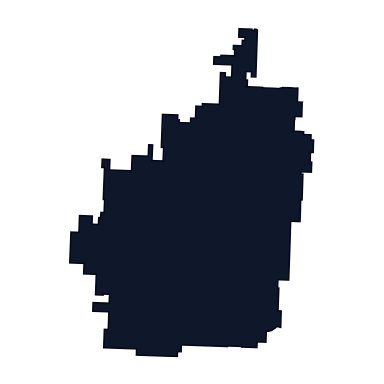 outline of Murchison, Western Australia, Australia, rotated 182°
{"feature_id": "25037944B75354234976201", "entity_name": "Murchison", "entity_type": "district", "adm_level": 2, "iso_a3": "AUS", "parent_name": "Australia", "parent_adm1": "Western Australia", "projection": "robinson", "projection_center": [116.097, -27.009], "detail": "fine", "context": "isolated", "style": "filled", "palette": "ink", "viewbox_px": 384, "rotation_deg": 182, "n_neighbors": 0, "source": "geoboundaries", "source_scale": "gbopen_adm2", "svg_char_len": 4237}
<svg xmlns="http://www.w3.org/2000/svg" viewBox="0 0 384 384"><g transform="rotate(182 192 192)"><path d="M311.6,147.7L311.6,140.8L311.6,137.2L311.7,116.9L304.8,116.9L303.8,116.9L297.4,116.9L297.4,111.4L297.4,106.4L292.5,106.4L284.8,106.4L284.8,85.9L281.9,85.9L279.1,85.9L277.6,85.9L277.2,85.9L277.2,86.9L274.2,86.9L270.8,86.9L270.9,78.0L277.7,78.0L287.0,78.0L287.0,69.4L286.6,69.4L278.8,69.4L277.9,69.4L274.2,69.4L273.7,69.4L272.8,69.4L272.4,69.4L272.0,69.4L270.9,69.4L270.9,51.7L274.8,51.7L274.8,44.6L274.8,44.4L274.8,42.3L274.8,42.0L274.8,40.4L274.8,34.3L274.8,34.1L274.8,33.3L272.4,33.3L270.5,33.3L269.3,33.3L263.7,33.3L250.8,33.3L241.9,33.3L241.9,27.1L230.3,27.1L220.6,27.1L218.3,27.1L216.4,27.1L215.0,27.1L212.6,27.1L200.9,27.2L200.9,32.0L197.3,32.0L197.3,38.8L192.4,38.8L189.9,38.8L183.1,38.8L175.2,38.8L167.8,38.8L164.4,38.8L162.4,38.8L160.0,38.8L158.0,38.8L156.1,38.8L153.8,38.8L151.2,38.8L151.2,39.4L150.2,39.4L149.7,39.4L148.1,39.4L146.1,39.4L137.1,39.4L137.1,38.8L132.2,38.8L127.5,38.8L121.7,38.8L121.7,44.5L112.9,44.5L112.9,55.4L112.7,55.4L111.1,55.5L110.4,55.5L109.8,55.8L109.2,55.9L108.6,56.3L107.9,56.3L107.2,56.6L106.6,57.4L106.1,57.6L105.7,58.0L105.3,58.2L104.6,58.5L104.3,58.8L104.1,59.0L104.0,59.4L103.9,59.6L104.0,59.6L103.5,59.8L103.3,59.9L103.1,60.0L102.6,60.2L102.2,60.3L101.3,60.4L98.6,59.8L98.7,67.1L98.7,75.4L98.7,76.2L101.9,76.2L101.9,78.0L101.9,78.5L101.9,79.5L101.9,80.0L101.9,81.6L101.9,82.1L101.9,85.7L101.9,86.3L101.9,89.9L101.9,90.4L101.9,91.4L101.9,91.9L101.9,93.5L101.9,94.0L101.9,95.6L101.9,96.1L101.9,97.5L101.9,98.0L101.9,99.0L102.3,99.0L103.1,99.0L103.1,99.5L103.1,107.4L101.6,107.4L101.1,107.4L92.3,107.4L92.3,107.9L92.3,108.4L92.3,109.9L92.3,110.4L92.3,111.9L92.3,112.4L92.3,114.4L92.3,115.4L92.3,115.9L92.3,119.9L92.3,120.9L92.3,123.5L92.3,124.5L92.3,127.1L92.3,128.1L92.3,130.7L92.3,131.7L92.3,134.3L92.3,135.3L92.3,137.9L92.3,138.9L92.3,140.4L92.3,141.5L92.3,144.0L92.3,144.5L92.3,149.4L92.4,166.2L83.0,166.2L83.0,176.2L83.1,188.0L81.7,188.0L81.8,213.7L83.8,213.7L83.8,216.0L73.4,216.0L73.4,226.0L74.9,226.0L75.0,235.7L72.3,235.7L72.3,248.2L73.6,248.2L74.9,248.2L75.0,250.7L75.0,253.3L76.8,253.3L78.9,253.3L80.4,253.3L82.5,253.3L82.5,256.1L85.5,256.1L85.5,256.3L91.7,256.3L92.2,256.3L92.2,264.6L92.2,268.2L91.8,268.2L91.8,271.1L84.9,271.1L85.0,285.4L84.9,285.6L86.3,285.6L87.8,285.6L89.8,285.6L89.8,289.3L89.8,297.4L89.8,297.9L89.8,299.5L90.4,299.5L90.4,299.4L93.2,299.4L94.2,299.4L95.1,299.4L95.1,299.5L95.6,299.5L97.0,299.6L98.4,299.6L99.8,299.6L100.5,299.6L102.0,299.5L102.9,299.5L105.2,299.6L105.3,299.5L105.7,299.1L106.7,299.1L107.1,299.1L107.8,298.7L108.2,298.5L108.2,298.4L108.6,298.4L109.4,298.4L109.8,298.4L111.6,298.4L112.4,298.5L112.9,298.5L113.0,298.5L114.0,298.5L115.5,298.5L117.0,298.5L117.8,298.5L118.7,298.5L118.8,298.5L120.8,298.5L121.2,298.5L121.7,298.5L124.1,298.5L124.9,299.0L125.7,299.0L127.4,299.0L127.6,299.1L128.9,299.1L129.3,299.1L131.4,299.1L132.3,299.1L134.3,299.1L134.8,299.1L135.8,299.1L136.3,299.1L138.8,299.1L140.8,299.1L141.8,299.1L141.8,299.4L141.7,299.4L140.5,299.4L140.5,305.8L142.3,305.8L142.3,314.3L136.7,314.3L136.7,309.2L134.9,309.2L132.2,309.2L132.3,356.2L133.3,356.8L134.2,356.9L135.2,356.9L135.2,355.7L137.8,355.7L137.8,356.8L150.7,356.8L150.7,348.4L144.4,348.4L144.4,345.3L147.0,345.3L147.0,339.9L155.7,339.9L155.7,335.9L154.3,335.9L154.3,329.6L167.8,329.6L167.8,328.0L174.8,328.0L174.8,320.5L156.4,320.5L156.4,313.2L156.4,308.1L162.8,308.1L162.8,312.3L167.7,312.3L167.7,290.9L167.7,280.6L184.7,280.6L184.7,277.9L191.1,277.9L191.1,268.8L191.1,265.8L195.9,265.8L195.9,260.9L201.5,260.9L207.3,260.9L207.3,263.7L208.9,263.7L208.9,268.5L214.6,268.5L223.7,268.5L224.2,268.5L224.2,263.7L224.2,241.4L224.2,237.9L224.2,237.5L224.2,235.5L221.9,235.5L222.0,222.0L233.1,222.0L233.0,237.7L236.9,237.7L237.0,226.3L253.1,226.3L253.2,211.1L275.2,211.1L275.2,221.6L278.4,221.6L282.9,221.7L282.9,219.4L282.9,214.3L283.0,213.4L282.1,213.4L280.3,213.4L280.4,187.4L280.4,186.9L280.4,181.5L279.1,181.5L279.1,168.4L282.3,168.4L282.4,164.7L282.4,163.2L284.3,163.2L284.4,156.3L284.5,156.3L284.8,156.3L289.4,156.3L290.3,156.3L290.7,156.3L290.8,156.3L290.8,164.5L303.6,164.5L303.6,160.0L303.6,147.7L311.6,147.7Z" fill="#0f172a" stroke="#020617" stroke-width="1.5"/></g></svg>